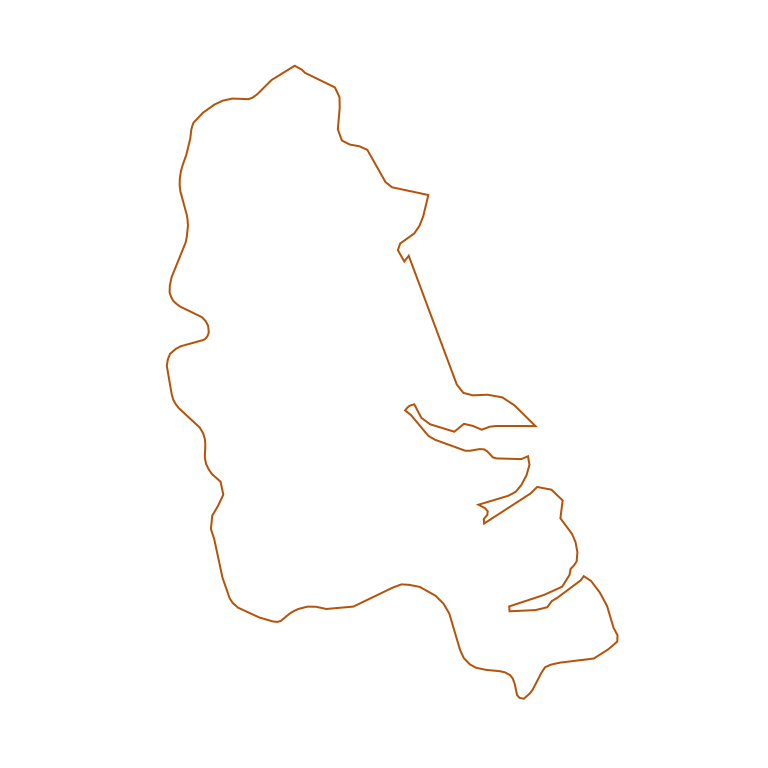 an SVG outline of Goa, rotated 176°
{"feature_id": "IND-3265", "entity_name": "Goa", "entity_type": "State", "adm_level": 1, "iso_a3": "IND", "parent_name": "India", "parent_adm1": "", "projection": "albers", "projection_center": [74.008, 15.335], "detail": "fine", "context": "isolated", "style": "outline", "palette": "amber", "viewbox_px": 768, "rotation_deg": 176, "n_neighbors": 0, "source": "natural_earth", "source_scale": "10m", "svg_char_len": 2512}
<svg xmlns="http://www.w3.org/2000/svg" viewBox="0 0 768 768"><g transform="rotate(176 384 384)"><path d="M450.9,707.7L443.8,703.1L441.1,699.9L412.3,683.3L408.4,673.3L408.9,662.7L412.3,641.2L409.0,629.8L401.3,625.2L392.0,622.9L384.3,618.7L368.4,585.3L362.3,579.7L326.6,569.4L333.2,548.5L337.6,539.3L343.3,532.1L358.1,523.0L360.8,516.5L355.2,504.8L350.4,510.2L311.4,378.3L305.4,369.6L296.2,366.5L281.5,366.1L266.9,362.4L255.1,353.4L235.9,331.5L275.3,334.3L281.6,334.0L289.7,331.6L298.0,335.9L307.0,338.7L317.2,331.5L340.8,340.6L349.1,347.6L355.2,361.6L358.3,361.0L360.5,360.2L362.3,358.8L364.8,356.2L359.3,351.2L343.3,329.1L336.8,324.7L307.7,311.8L303.0,311.4L293.2,312.4L288.7,311.8L285.6,309.5L280.5,303.2L276.8,301.9L252.2,299.5L245.4,301.9L244.5,293.3L248.2,283.0L254.1,273.6L260.1,267.3L267.5,263.9L298.2,257.0L291.9,253.1L289.4,249.7L290.1,246.2L293.9,242.3L293.9,237.8L245.4,264.6L238.4,270.6L224.4,266.9L213.9,255.4L217.4,237.7L207.0,221.5L204.0,213.0L202.8,202.7L204.2,193.6L207.4,189.5L210.8,186.5L212.3,180.5L220.4,169.4L239.2,162.4L274.6,153.4L274.6,148.5L248.7,147.9L236.8,149.9L231.7,155.8L225.9,158.7L201.5,174.4L198.1,178.4L191.1,172.9L183.3,161.0L177.0,147.1L172.0,124.7L168.6,117.1L169.3,110.7L179.1,103.5L193.9,95.5L227.5,93.8L237.1,92.4L243.0,90.3L247.3,84.7L257.2,68.4L260.5,64.8L266.5,60.3L270.6,61.4L273.0,64.4L274.6,76.0L276.1,81.2L278.6,84.8L283.2,87.8L288.3,89.4L301.6,91.6L311.7,94.4L317.9,98.3L323.5,105.0L326.6,113.1L334.9,150.5L339.9,160.6L347.4,169.2L362.5,179.1L372.9,181.9L380.5,182.9L389.2,180.4L430.1,164.1L457.3,163.6L467.6,166.6L476.1,167.2L485.3,165.5L490.2,163.6L494.3,161.4L503.6,154.8L507.2,154.1L511.8,155.0L524.9,159.9L545.1,171.0L550.2,176.1L552.9,181.0L558.6,201.9L564.2,241.2L566.8,251.4L564.5,264.7L558.2,273.8L552.0,284.8L553.9,298.0L562.1,306.3L564.8,311.1L567.1,316.8L567.8,322.6L567.6,326.1L566.5,335.2L566.5,341.4L567.8,347.3L570.9,353.5L590.4,374.2L593.5,379.0L595.3,383.0L596.5,388.5L599.4,417.3L597.9,423.7L595.3,429.0L589.2,433.6L584.0,435.9L562.6,440.2L559.5,441.2L556.9,443.8L555.2,447.6L555.4,454.4L557.5,459.1L561.0,463.4L581.6,475.2L585.0,478.0L588.2,481.3L590.2,485.4L591.5,490.2L590.8,497.1L588.5,505.2L572.0,539.0L570.4,544.8L568.5,555.7L568.5,561.1L568.9,566.3L573.7,590.3L574.0,596.4L573.4,603.0L571.8,610.3L569.4,616.9L565.3,626.2L560.1,642.5L558.5,651.1L557.4,654.4L555.7,658.1L545.5,667.4L533.8,674.5L525.2,677.9L515.2,679.3L499.4,677.6L495.2,678.8L490.4,681.8L474.8,695.2L450.9,707.7Z" fill="none" stroke="#b45309" stroke-width="2"/></g></svg>